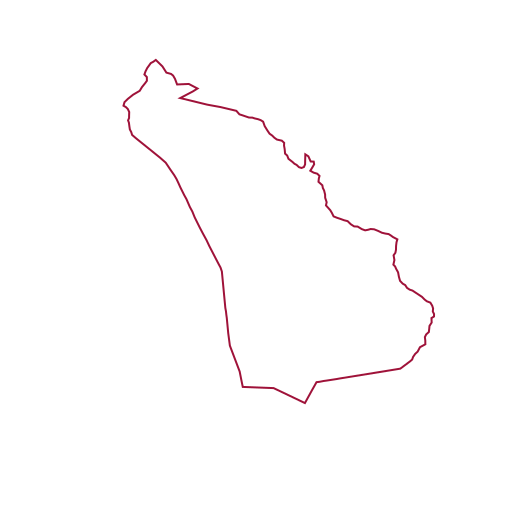 the district of Santa Inês, Maranhão, Brazil, rotated 300°
{"feature_id": "56859067B15720023734986", "entity_name": "Santa Inês", "entity_type": "district", "adm_level": 2, "iso_a3": "BRA", "parent_name": "Brazil", "parent_adm1": "Maranhão", "projection": "mercator", "projection_center": [-45.394, -3.853], "detail": "fine", "context": "isolated", "style": "outline", "palette": "rose", "viewbox_px": 512, "rotation_deg": 300, "n_neighbors": 0, "source": "geoboundaries", "source_scale": "gbopen_adm2", "svg_char_len": 2496}
<svg xmlns="http://www.w3.org/2000/svg" viewBox="0 0 512 512"><g transform="rotate(300 256 256)"><path d="M286.2,441.4L290.0,439.0L292.6,440.4L294.8,439.2L296.3,436.9L299.1,435.6L301.1,433.4L302.8,430.3L302.2,426.6L302.6,423.8L303.6,420.2L304.0,413.5L304.3,408.8L303.7,405.9L303.9,402.7L305.4,399.8L305.4,396.9L306.5,393.2L309.4,390.2L312.9,387.2L315.0,383.7L316.5,381.7L317.2,379.3L321.7,377.9L325.4,374.8L328.5,375.1L331.4,374.1L334.7,372.3L338.2,370.8L341.1,370.1L340.9,365.1L341.2,362.6L341.3,359.9L340.1,356.8L339.1,353.4L338.8,349.3L338.2,345.0L336.7,341.8L334.8,340.0L332.8,337.7L332.2,334.3L332.3,329.3L330.7,326.2L330.9,322.2L332.0,317.9L331.0,314.4L330.4,310.9L329.6,307.0L329.1,303.4L331.3,300.1L332.8,297.4L334.8,291.3L337.9,290.3L341.0,286.8L343.8,285.1L346.8,282.2L348.3,279.9L350.4,278.1L351.5,273.0L354.7,271.6L357.1,271.0L357.9,267.9L357.0,264.2L357.0,260.4L361.2,260.5L364.5,260.5L366.6,258.8L365.2,256.1L368.5,251.5L368.7,247.9L363.3,250.8L359.9,252.7L357.0,253.0L355.0,251.4L354.4,248.8L355.2,245.6L355.1,243.2L355.7,240.6L356.4,235.5L358.6,232.8L359.2,230.0L363.0,227.3L365.6,225.1L368.1,223.8L368.8,220.7L367.3,215.9L367.6,212.8L368.4,209.8L368.7,206.6L370.4,203.1L372.8,198.6L375.9,195.0L376.0,192.1L375.5,189.3L374.5,186.1L374.0,183.6L372.4,180.7L371.0,173.6L370.4,170.8L371.9,166.4L367.2,150.7L363.4,140.1L362.6,137.8L354.9,111.4L366.9,119.0L371.8,121.6L371.4,111.8L365.1,101.9L368.9,97.3L370.8,94.0L371.2,91.4L370.0,86.7L372.0,82.9L373.4,80.2L375.7,71.2L372.8,69.9L370.4,68.4L367.2,68.1L364.5,67.8L360.7,68.0L357.4,68.6L356.4,72.0L353.2,73.9L350.4,73.6L345.3,72.8L340.9,72.7L334.2,68.9L328.1,66.5L323.5,65.2L319.9,66.1L319.9,68.9L319.2,71.5L317.3,74.2L314.5,75.7L312.0,77.1L309.5,77.4L307.9,79.3L305.0,81.5L302.5,83.5L301.0,85.9L298.9,88.2L297.9,93.5L293.2,123.6L291.7,131.1L289.7,135.2L288.2,138.2L285.1,144.8L282.9,148.7L280.2,152.6L277.6,156.2L272.7,163.6L270.5,167.3L265.4,174.2L262.7,178.6L258.8,183.6L252.5,193.1L248.9,198.8L245.0,205.2L241.2,210.7L233.7,222.4L230.2,227.9L228.3,231.0L225.5,234.2L195.7,255.4L193.0,257.7L190.4,259.6L187.7,261.7L175.2,270.6L165.3,278.2L147.8,299.6L141.4,305.2L136.0,310.0L150.4,337.3L153.1,371.9L167.5,371.6L177.0,371.5L178.8,373.9L181.6,377.1L183.3,379.3L189.8,387.4L191.6,389.5L225.1,430.6L230.6,437.3L241.8,442.1L244.4,443.0L247.2,442.5L250.8,442.8L254.0,443.8L259.0,443.6L264.2,446.8L267.4,444.9L270.2,442.8L273.2,442.6L276.6,443.7L279.6,442.4L282.2,441.2L286.2,441.4Z" fill="none" stroke="#9f1239" stroke-width="2"/></g></svg>